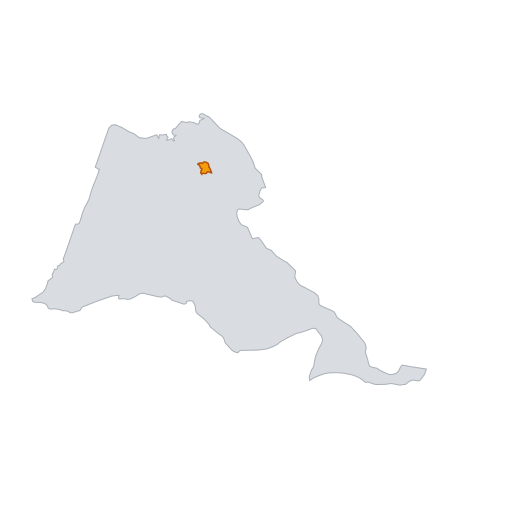 Haut-Nkam, Ouest, Cameroon (highlighted), rotated 109°
{"feature_id": "32672807B36469761565883", "entity_name": "Haut-Nkam", "entity_type": "district", "adm_level": 2, "iso_a3": "CMR", "parent_name": "Cameroon", "parent_adm1": "Ouest", "projection": "robinson", "projection_center": [10.205, 5.159], "detail": "fine", "context": "in_parent", "style": "filled", "palette": "amber", "viewbox_px": 512, "rotation_deg": 109, "n_neighbors": 0, "source": "geoboundaries", "source_scale": "gbopen_adm2", "svg_char_len": 4388}
<svg xmlns="http://www.w3.org/2000/svg" viewBox="0 0 512 512"><g transform="rotate(109 256 256)"><path d="M139.5,347.0L140.4,344.3L147.0,331.7L151.1,311.4L153.0,306.7L155.0,303.5L164.6,292.7L168.1,289.3L173.3,285.3L177.0,277.4L178.2,276.6L179.9,275.9L188.1,269.2L188.9,270.5L189.4,272.1L190.0,272.9L192.7,273.4L196.4,273.3L198.5,272.9L199.6,271.5L200.7,267.8L201.4,267.1L202.3,266.9L206.3,269.5L212.9,276.9L214.6,278.2L215.3,279.6L216.8,286.3L217.6,287.9L219.0,288.6L221.6,288.2L224.3,287.0L226.6,285.3L228.9,283.1L230.5,281.1L231.2,279.6L231.5,274.1L232.1,273.0L240.7,265.1L240.5,264.3L239.0,262.1L237.8,259.6L239.1,257.1L240.4,255.2L245.4,248.6L245.6,243.8L249.6,236.4L251.9,226.5L252.0,224.6L257.2,213.7L262.6,212.7L264.7,211.2L267.2,208.5L268.7,206.0L269.5,203.6L270.0,199.0L271.0,193.7L271.6,189.1L273.2,184.9L275.9,182.7L280.7,180.9L281.4,180.1L282.1,177.3L282.8,167.9L283.5,163.7L287.9,159.0L289.9,151.7L291.6,144.0L296.6,134.7L302.4,125.4L305.1,122.9L307.4,121.7L310.0,121.6L311.8,120.9L318.1,116.3L320.8,114.8L322.7,113.2L323.2,111.8L323.4,109.7L322.7,105.0L323.8,101.4L324.4,96.0L324.7,91.8L324.4,90.3L323.2,87.8L321.3,85.2L318.2,83.6L313.8,83.2L311.5,82.2L310.7,77.3L310.4,74.3L307.4,58.1L312.9,58.1L319.5,60.1L321.2,61.5L322.1,67.1L324.5,70.2L328.7,72.8L331.3,78.1L332.4,86.2L334.7,91.0L335.2,91.8L338.5,100.9L338.8,105.1L338.5,107.9L339.8,111.5L337.8,117.5L337.2,121.1L337.1,126.3L338.3,135.4L340.3,142.5L342.4,148.1L344.7,152.6L348.5,157.4L352.6,161.9L356.3,164.7L352.9,166.3L346.1,166.5L342.3,165.6L340.4,165.6L338.5,166.1L331.4,167.0L324.1,166.6L317.4,165.5L313.3,165.7L310.1,168.4L307.6,172.4L305.2,175.7L306.0,179.2L307.8,181.2L311.3,185.6L314.4,189.8L316.0,192.6L322.3,198.8L328.3,204.3L331.2,206.3L332.2,206.7L335.5,209.8L340.0,215.0L344.2,223.2L350.1,239.5L351.4,240.9L353.4,241.7L353.6,243.5L353.5,246.0L352.9,248.1L348.2,256.7L344.1,260.0L342.9,261.9L341.4,266.9L337.7,276.6L336.1,277.9L332.5,284.5L329.5,292.8L328.7,294.1L327.5,295.1L323.2,297.2L321.8,298.2L319.6,300.8L319.3,302.5L320.3,304.8L321.5,306.7L323.8,306.7L325.0,308.5L325.1,321.3L324.0,323.3L324.1,324.1L323.6,326.3L323.4,328.8L323.7,329.8L324.6,330.6L325.8,332.3L326.5,336.3L327.9,350.1L328.6,352.3L329.8,353.9L333.6,356.9L337.6,360.8L338.8,363.3L339.5,367.5L341.1,370.8L341.0,372.0L340.4,372.4L337.9,372.7L338.8,375.1L340.8,379.2L350.9,392.1L360.7,403.5L362.9,404.4L364.6,404.6L365.4,405.3L366.3,407.0L369.5,411.1L370.1,413.5L369.4,415.8L370.1,419.4L370.7,420.7L370.5,421.9L370.8,426.2L371.8,430.0L373.2,433.3L373.0,435.6L371.1,436.8L370.0,439.0L369.7,441.9L370.3,445.5L371.7,449.7L371.8,452.2L369.4,453.9L366.9,451.0L364.0,449.0L359.7,445.6L355.4,444.4L349.7,444.2L347.3,444.6L343.2,441.8L341.9,441.4L340.0,442.6L338.7,442.6L337.2,442.2L334.0,442.2L333.7,440.3L333.1,439.9L329.7,440.1L328.6,438.4L328.2,438.6L326.8,438.1L324.0,435.8L321.1,437.3L315.1,437.1L284.7,437.1L283.9,434.9L282.4,433.8L279.7,433.7L271.6,434.1L265.4,433.8L261.2,432.9L256.1,432.4L249.7,432.8L243.2,432.8L231.5,432.2L225.0,432.3L225.2,433.6L224.8,434.5L224.4,436.9L183.1,436.8L179.7,435.3L178.7,434.3L178.4,432.3L177.6,432.1L178.3,423.9L179.7,417.2L180.2,410.8L182.1,405.2L181.1,399.6L179.9,397.2L173.7,389.3L176.5,386.3L172.8,386.7L172.0,383.8L170.1,380.2L171.2,379.7L172.3,377.8L175.7,378.3L175.6,377.4L172.7,374.4L173.0,372.9L174.2,371.3L173.6,370.6L171.5,372.3L170.0,372.3L168.8,371.1L167.9,370.9L168.4,373.2L167.2,375.2L166.1,375.9L164.2,375.8L162.6,375.3L162.2,374.2L160.7,373.3L156.6,371.8L153.1,370.1L152.4,365.2L151.0,363.2L150.5,360.8L150.1,358.1L150.6,354.0L149.7,353.4L148.7,353.1L147.2,353.3L145.8,353.1L144.2,350.8L142.7,349.9L143.6,354.1L142.6,355.3L140.1,355.0L139.0,353.4L138.8,352.2L139.9,347.1L139.5,347.0Z" fill="#d9dde1" stroke="#a8b0b8" stroke-width="1"/><path d="M186.2,339.3L186.8,339.4L187.4,340.8L188.2,340.8L188.3,340.2L189.2,338.3L190.9,337.2L191.0,335.8L191.4,335.3L192.1,335.4L193.1,335.8L193.9,335.5L195.4,335.4L196.3,333.9L195.8,333.9L195.4,333.5L195.0,332.7L194.6,331.1L194.4,330.5L194.3,330.3L194.1,330.0L193.7,329.7L192.9,329.6L192.3,329.5L192.0,328.9L191.9,327.8L191.9,325.2L191.7,325.3L191.4,325.4L190.9,325.5L190.2,326.5L189.7,326.8L189.4,327.0L188.7,327.7L188.3,328.0L187.6,328.7L187.5,329.4L186.2,329.8L185.9,330.0L184.0,331.4L183.9,332.1L183.8,332.8L183.5,333.9L184.2,336.1L185.9,336.8L185.9,338.2L186.0,338.5L186.2,339.3Z" fill="#f59e0b" stroke="#b45309" stroke-width="1.5"/></g></svg>